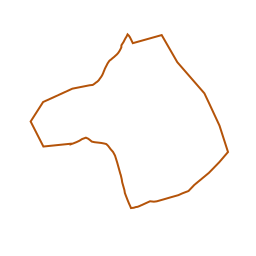 the district of Belle Vue, Gros Islet, Saint Lucia, rotated 243°
{"feature_id": "8701671B15632424418996", "entity_name": "Belle Vue", "entity_type": "district", "adm_level": 2, "iso_a3": "LCA", "parent_name": "Saint Lucia", "parent_adm1": "Gros Islet", "projection": "natural_earth1", "projection_center": [-60.943, 14.085], "detail": "fine", "context": "isolated", "style": "outline", "palette": "amber", "viewbox_px": 256, "rotation_deg": 243, "n_neighbors": 0, "source": "geoboundaries", "source_scale": "gbopen_adm2", "svg_char_len": 1464}
<svg xmlns="http://www.w3.org/2000/svg" viewBox="0 0 256 256"><g transform="rotate(243 128 128)"><path d="M113.6,211.5L124.2,211.8L164.3,201.8L195.5,200.2L201.4,170.8L205.0,170.9L206.7,170.9L208.1,170.9L209.6,170.7L209.9,170.7L211.6,170.1L210.2,168.3L209.0,166.3L207.7,164.5L206.6,163.0L205.6,161.2L204.7,159.7L203.7,159.1L202.9,158.7L201.6,157.0L200.5,155.4L199.4,153.5L198.6,151.5L198.1,149.6L197.6,147.8L197.2,145.8L196.7,143.9L196.5,142.5L196.1,141.4L195.5,140.4L194.8,139.1L193.6,137.5L192.4,135.8L191.3,134.3L190.3,133.2L189.3,132.0L188.2,130.8L187.0,129.3L185.9,127.6L185.2,126.2L184.5,124.8L183.9,123.8L183.5,122.6L183.2,121.5L183.1,120.4L182.9,119.4L182.6,117.9L182.4,116.1L183.5,113.2L188.3,96.3L189.1,77.2L189.7,64.2L178.0,44.2L176.3,44.2L163.1,44.2L149.9,44.2L140.0,69.8L139.5,69.5L139.1,72.5L138.8,75.8L138.7,79.0L139.0,82.0L138.5,86.1L136.5,87.7L134.6,88.6L132.3,89.6L130.5,91.8L128.4,95.0L126.8,97.4L124.7,100.1L123.5,101.4L121.1,102.2L117.0,102.9L113.4,103.8L109.3,103.9L102.2,102.7L92.3,100.7L90.4,100.3L89.9,100.3L88.2,99.9L85.0,99.1L82.3,98.2L77.8,97.3L74.3,96.6L71.5,95.7L67.9,95.3L63.9,94.9L60.3,94.6L57.4,94.5L55.3,94.3L54.3,97.0L54.0,99.1L53.4,100.8L53.3,102.2L53.2,102.7L53.2,104.3L53.1,104.9L52.9,110.2L52.7,114.4L50.6,117.6L49.6,120.4L48.2,127.5L46.8,134.9L45.3,142.4L45.1,146.7L44.7,150.6L44.6,151.2L44.4,153.3L47.2,161.3L51.3,179.7L56.1,193.8L61.2,206.2L88.6,210.6L113.6,211.5Z" fill="none" stroke="#b45309" stroke-width="2"/></g></svg>